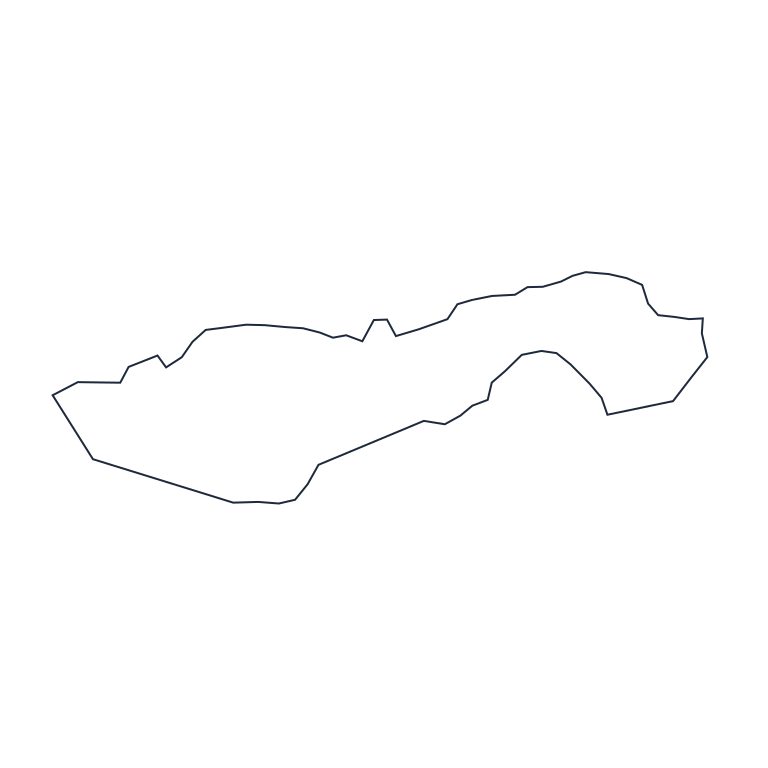 the district of São Pedro da Serra, Rio Grande do Sul, Brazil, rotated 167°
{"feature_id": "56859067B70229317935644", "entity_name": "São Pedro da Serra", "entity_type": "district", "adm_level": 2, "iso_a3": "BRA", "parent_name": "Brazil", "parent_adm1": "Rio Grande do Sul", "projection": "mercator", "projection_center": [-51.521, -29.419], "detail": "fine", "context": "isolated", "style": "outline", "palette": "slate", "viewbox_px": 768, "rotation_deg": 167, "n_neighbors": 0, "source": "geoboundaries", "source_scale": "gbopen_adm2", "svg_char_len": 963}
<svg xmlns="http://www.w3.org/2000/svg" viewBox="0 0 768 768"><g transform="rotate(167 384 384)"><path d="M62.9,337.5L62.9,361.8L58.6,376.2L72.2,378.6L86.1,384.1L101.4,389.4L108.6,402.9L110.2,422.5L123.8,432.6L140.4,440.6L162.3,447.6L175.9,447.0L188.4,444.0L207.4,443.0L222.4,446.1L236.3,441.5L259.0,445.5L279.5,446.1L294.5,445.2L307.6,432.9L337.8,429.5L361.6,428.0L366.6,446.1L379.5,448.6L395.5,430.5L409.9,440.0L423.3,440.6L435.0,448.6L450.3,456.5L467.4,461.7L487.1,468.2L505.0,472.8L529.9,475.2L545.6,476.8L561.1,468.2L575.0,455.6L592.6,449.2L598.3,462.7L629.0,458.1L640.7,444.6L666.9,451.0L681.9,454.7L709.4,447.6L684.5,376.2L557.6,302.3L533.1,297.4L513.3,291.2L496.7,291.2L481.0,303.5L466.0,320.0L353.5,339.1L333.8,331.1L316.7,336.0L302.8,343.0L286.5,345.2L278.7,361.1L263.5,369.1L243.2,381.4L223.2,380.8L209.0,375.3L197.8,361.1L183.6,338.1L175.1,321.6L173.2,303.8L106.2,302.3L82.7,321.6L62.9,337.5Z" fill="none" stroke="#1e293b" stroke-width="2"/></g></svg>